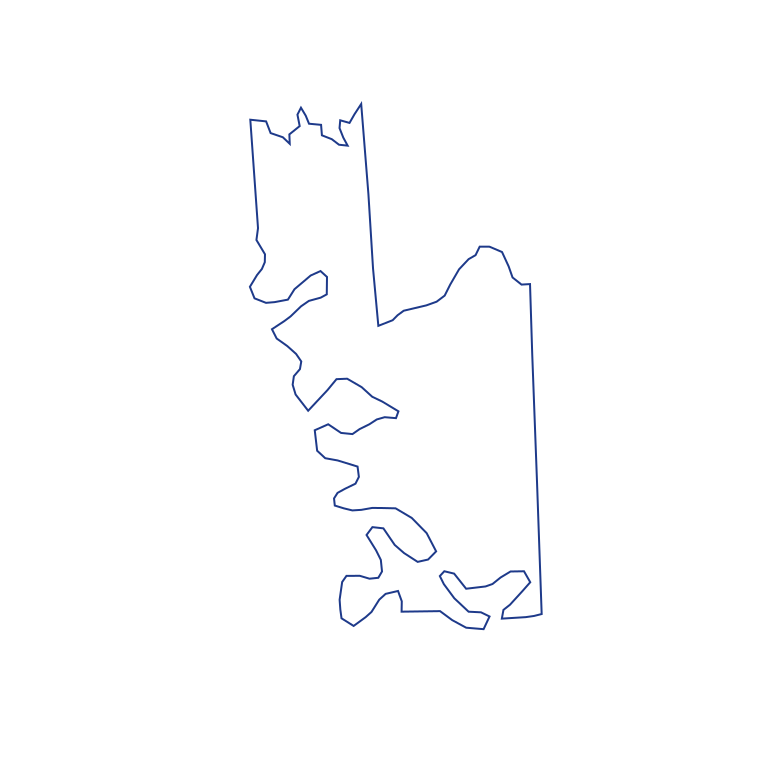 Godoy Moreira, Paraná, Brazil, rotated 305°
{"feature_id": "56859067B87274416555752", "entity_name": "Godoy Moreira", "entity_type": "district", "adm_level": 2, "iso_a3": "BRA", "parent_name": "Brazil", "parent_adm1": "Paraná", "projection": "equal_earth", "projection_center": [-51.924, -24.155], "detail": "fine", "context": "isolated", "style": "outline", "palette": "blue", "viewbox_px": 768, "rotation_deg": 305, "n_neighbors": 0, "source": "geoboundaries", "source_scale": "gbopen_adm2", "svg_char_len": 2122}
<svg xmlns="http://www.w3.org/2000/svg" viewBox="0 0 768 768"><g transform="rotate(305 384 384)"><path d="M207.6,529.0L230.1,560.2L229.7,575.4L231.5,591.1L240.3,606.2L254.1,603.8L252.6,594.4L246.0,583.9L248.8,564.5L254.4,547.8L258.7,539.9L265.2,540.8L268.9,550.2L263.4,568.7L276.4,583.3L282.4,587.6L292.4,590.5L303.0,595.2L310.9,606.1L305.5,617.5L293.8,616.2L275.4,613.8L267.5,611.4L259.4,615.1L274.3,633.8L280.0,639.9L286.0,645.1L390.5,566.3L493.2,488.5L549.6,446.3L544.3,439.6L545.0,428.2L551.8,418.7L559.8,405.0L557.0,391.7L551.4,383.6L542.1,385.1L534.8,381.7L521.0,379.7L503.5,381.2L491.2,383.0L481.6,379.9L472.7,373.6L455.3,358.1L448.2,355.7L441.2,354.5L428.4,346.0L472.4,308.7L530.5,262.4L600.3,204.7L588.0,205.1L578.1,206.0L574.9,196.9L568.1,200.8L562.5,209.3L558.4,217.5L554.2,209.9L554.6,200.8L552.1,190.5L560.2,183.8L554.2,173.3L558.9,166.0L562.7,157.5L555.0,158.6L546.9,167.0L534.2,163.3L526.7,169.0L528.1,159.6L524.5,147.2L531.5,136.8L523.8,122.9L439.4,191.4L428.8,196.9L422.0,212.1L415.4,216.5L408.2,218.0L400.5,217.5L386.7,218.4L379.9,228.8L382.8,240.8L388.3,247.4L398.0,256.9L410.3,256.3L430.8,261.7L440.1,267.2L439.0,275.9L424.6,285.7L418.4,282.6L409.0,274.8L400.1,271.5L385.8,268.7L378.5,266.3L364.6,260.8L359.7,270.0L359.6,283.0L358.2,294.8L355.0,303.3L348.0,306.6L338.7,305.7L331.0,309.6L324.7,317.6L318.6,337.2L346.6,341.2L360.7,342.3L367.2,350.8L368.6,367.5L366.8,381.7L368.6,392.6L369.9,411.5L362.9,413.4L357.2,403.6L350.8,398.4L342.6,395.1L333.1,389.9L324.9,386.9L319.3,376.9L319.0,361.4L306.4,353.8L291.0,367.5L289.5,378.4L294.8,389.9L301.2,409.7L293.5,416.7L286.0,417.8L275.7,412.1L268.2,408.4L261.6,408.7L256.2,413.4L259.1,422.4L262.3,430.6L267.9,437.6L275.7,445.4L280.8,452.8L288.8,464.8L290.2,483.6L286.3,504.5L276.8,522.7L265.5,520.8L257.6,513.6L257.0,497.5L258.3,485.1L265.4,466.3L260.1,456.6L250.3,456.3L243.2,472.9L238.1,482.3L229.3,489.9L222.0,490.5L216.2,483.8L213.0,474.2L205.3,463.3L197.8,463.3L181.8,471.4L174.3,477.5L167.7,483.6L168.4,497.9L182.5,502.7L190.1,504.5L204.6,503.8L213.0,505.7L222.5,514.2L216.2,523.2L207.6,529.0Z" fill="none" stroke="#1e3a8a" stroke-width="2"/></g></svg>